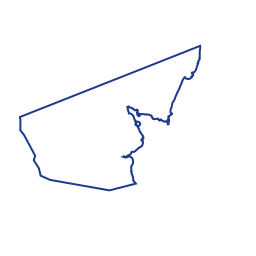 Ngermechau, Melekeok, Palau (Albers equal-area conic projection), rotated 336°
{"feature_id": "81905179B2949458195189", "entity_name": "Ngermechau", "entity_type": "district", "adm_level": 2, "iso_a3": "PLW", "parent_name": "Palau", "parent_adm1": "Melekeok", "projection": "albers", "projection_center": [134.622, 7.54], "detail": "fine", "context": "isolated", "style": "outline", "palette": "blue", "viewbox_px": 256, "rotation_deg": 336, "n_neighbors": 0, "source": "geoboundaries", "source_scale": "gbopen_adm2", "svg_char_len": 5415}
<svg xmlns="http://www.w3.org/2000/svg" viewBox="0 0 256 256"><g transform="rotate(336 128 128)"><path d="M112.6,182.0L112.5,181.5L112.3,180.7L111.9,179.8L111.6,179.3L111.7,178.3L111.6,177.9L111.5,177.4L112.0,176.9L112.3,175.8L112.7,174.7L112.6,173.9L112.8,173.5L112.8,172.7L112.6,172.1L112.5,171.8L112.8,171.4L113.1,171.1L113.1,170.2L113.2,170.3L113.5,169.1L113.7,168.7L114.0,167.7L114.0,167.3L114.3,166.9L114.6,166.2L114.8,165.8L114.9,165.1L115.1,164.9L115.6,164.3L116.0,163.9L117.0,163.2L117.5,163.0L118.1,162.3L118.4,161.7L118.6,161.1L118.9,161.0L119.2,160.2L119.4,159.3L119.6,158.5L119.5,157.4L119.4,156.7L119.0,156.0L118.3,155.0L117.6,154.5L116.4,154.2L115.5,154.4L115.0,154.2L114.5,154.0L114.1,154.0L113.7,153.9L113.4,153.8L112.1,152.6L112.7,152.7L112.9,152.4L113.1,152.9L113.6,153.3L114.5,153.6L115.3,153.7L115.8,153.5L115.9,153.2L117.4,153.0L118.0,153.2L118.5,153.1L118.8,153.1L119.7,153.0L120.2,152.7L120.3,152.4L120.9,152.0L121.5,151.3L122.1,151.4L122.7,151.8L123.4,152.2L124.1,152.1L124.6,152.2L124.9,152.1L125.3,152.1L125.6,151.9L126.4,151.6L127.6,151.3L127.7,151.2L127.9,151.2L128.4,151.1L128.6,150.9L129.4,150.6L130.1,150.5L130.8,150.4L130.9,150.5L131.2,150.3L131.4,150.3L131.8,150.4L132.4,150.2L133.2,150.2L133.9,149.7L134.5,149.0L134.8,148.7L135.1,148.5L135.4,148.0L135.5,147.7L135.7,147.3L135.8,147.0L136.0,146.8L136.2,146.3L136.0,146.1L135.9,145.9L135.6,145.6L135.6,145.2L135.8,145.1L135.7,144.9L135.4,145.0L135.2,144.8L135.5,144.5L135.7,144.1L135.9,144.0L136.2,143.8L136.4,143.8L136.7,143.5L136.8,143.7L136.8,143.9L137.3,144.1L137.7,143.8L138.1,143.3L138.2,142.8L138.4,142.2L138.3,141.5L138.4,141.1L138.2,140.4L138.2,140.0L138.1,139.6L137.9,139.3L137.9,138.9L137.8,138.5L137.8,137.8L137.7,137.4L137.6,137.0L137.6,136.3L137.4,136.1L137.4,135.3L137.4,134.9L137.6,134.2L137.6,133.6L137.6,132.9L137.5,132.6L137.6,132.2L137.6,131.7L137.4,131.3L137.5,131.0L137.3,130.6L137.2,130.3L137.1,129.5L136.8,128.8L136.6,128.2L136.2,128.1L136.3,127.8L136.6,127.7L136.6,127.2L137.0,126.7L137.2,127.0L136.9,127.3L136.8,127.8L137.0,128.4L137.1,128.9L137.5,129.5L137.8,130.0L138.3,130.3L138.7,130.5L139.7,130.1L140.1,130.0L140.4,129.8L140.6,129.5L140.9,129.2L141.0,128.9L141.0,128.6L140.5,127.5L140.5,127.2L140.2,126.7L139.7,126.3L139.2,126.1L138.4,126.2L138.5,126.0L138.5,125.5L138.2,125.2L137.8,125.0L137.3,124.8L137.6,122.9L137.5,121.7L137.6,120.8L137.8,120.0L137.7,119.0L137.5,118.4L137.3,117.7L137.1,117.3L136.9,116.8L136.3,116.1L135.9,115.6L135.3,115.2L134.7,115.1L134.7,114.8L135.1,114.4L135.1,114.1L135.1,113.0L135.1,112.3L135.2,112.0L135.2,111.8L135.4,111.5L135.3,111.1L135.8,110.0L135.8,109.5L136.0,108.7L136.1,108.4L137.5,108.7L137.4,109.2L137.6,109.5L137.7,109.8L138.1,110.1L138.9,110.7L139.7,111.1L140.0,112.1L140.3,112.7L140.7,112.7L141.0,113.7L141.5,114.4L141.7,114.8L143.4,114.8L143.5,114.8L144.2,116.0L143.9,116.3L143.4,116.5L143.1,116.8L142.8,117.1L142.8,117.7L142.4,117.8L142.2,118.4L142.1,119.1L142.0,119.7L142.1,120.3L142.1,120.6L142.2,120.9L142.5,121.5L142.9,121.6L143.4,121.7L143.8,121.4L144.0,120.9L144.2,120.3L143.9,119.9L143.9,119.3L144.2,119.7L144.5,120.0L144.8,120.4L145.4,120.6L145.7,120.8L146.1,120.8L146.7,121.1L147.9,121.7L148.9,122.3L149.1,122.7L150.1,123.1L150.3,123.0L150.5,123.2L151.5,123.8L151.8,123.8L152.3,124.2L152.5,124.5L153.0,124.7L153.6,125.4L154.2,126.0L154.5,126.3L154.5,126.6L154.4,127.0L154.2,127.4L154.3,127.8L154.4,128.3L154.7,128.6L154.5,129.0L154.4,129.4L154.7,130.0L155.4,130.3L155.9,130.7L156.4,130.9L157.0,131.1L157.6,131.2L158.0,131.2L158.5,131.4L158.8,131.7L159.2,131.8L159.0,132.2L159.1,132.4L159.4,132.5L159.5,132.8L159.5,133.4L159.9,134.0L160.1,133.9L160.6,133.9L160.9,133.7L161.5,133.6L161.7,133.9L161.3,134.2L161.6,134.6L162.3,135.3L163.1,136.0L163.2,136.5L163.7,137.0L164.2,137.0L164.6,137.3L164.9,137.5L165.2,137.7L165.5,137.5L165.9,137.7L166.8,138.4L165.8,140.7L166.6,141.0L167.7,138.5L168.2,138.6L168.9,137.0L168.6,136.8L168.2,136.6L168.5,136.5L168.8,135.9L168.9,135.4L169.0,135.3L169.4,135.0L169.2,134.7L169.4,134.5L169.9,134.4L170.2,134.2L170.0,133.8L170.5,133.7L171.2,133.7L171.7,133.6L172.3,133.4L172.9,133.4L173.6,133.3L173.7,133.1L174.1,132.7L174.0,132.4L173.5,131.9L173.1,131.4L173.1,131.1L174.6,128.2L175.8,127.3L176.9,125.9L178.0,124.3L178.7,123.3L179.4,122.7L180.1,122.2L181.0,121.8L182.0,121.0L183.2,119.7L184.4,118.5L184.8,118.2L185.4,117.5L186.4,116.8L186.9,116.0L188.4,115.0L189.7,113.8L191.2,112.7L192.2,111.5L193.6,110.1L195.0,109.1L196.1,107.8L197.3,106.6L198.5,105.8L199.4,105.2L200.3,104.8L200.8,104.7L200.9,104.9L200.8,105.3L201.1,106.3L201.3,106.5L201.9,107.0L202.4,107.4L203.1,107.9L203.7,108.1L204.3,108.0L204.8,108.0L205.8,107.8L206.4,107.7L206.9,107.5L207.2,107.2L207.1,106.7L207.5,106.6L207.8,107.0L208.2,106.7L208.8,106.4L209.2,106.0L209.3,105.4L209.2,105.0L208.9,104.7L208.5,104.2L208.7,103.7L209.2,103.4L209.9,103.7L210.6,103.9L211.2,104.0L211.9,103.6L212.7,103.1L213.5,102.7L214.0,102.2L214.5,101.7L214.8,101.3L215.4,100.5L216.4,99.5L217.2,98.7L217.8,98.0L217.8,97.4L218.8,97.1L218.8,96.4L219.0,96.2L219.1,95.7L219.9,95.4L220.7,94.9L220.9,94.5L221.2,94.4L221.3,93.9L221.7,93.8L221.8,93.5L222.1,93.1L221.9,92.8L222.2,92.4L222.9,91.2L223.4,90.1L223.7,89.2L224.2,88.2L224.5,87.6L224.9,87.0L225.4,86.1L226.1,85.0L226.7,83.9L227.1,83.0L227.3,82.3L33.8,74.0L32.9,77.1L28.7,86.3L30.2,92.2L31.9,115.6L28.8,119.2L30.2,128.5L28.8,136.0L35.7,143.7L85.6,177.4L112.6,182.0Z" fill="none" stroke="#1e3a8a" stroke-width="2"/></g></svg>